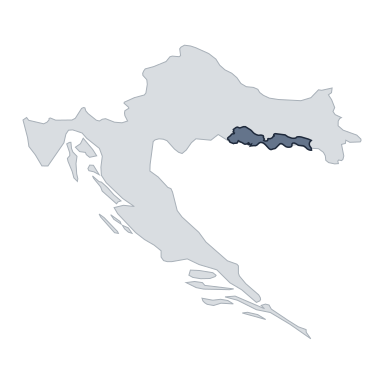 where Brodsko-Posavska sits in Croatia
{"feature_id": "HRV-1602", "entity_name": "Brodsko-Posavska", "entity_type": "County", "adm_level": 1, "iso_a3": "HRV", "parent_name": "Croatia", "parent_adm1": "", "projection": "robinson", "projection_center": [17.756, 45.221], "detail": "fine", "context": "in_parent", "style": "filled", "palette": "slate", "viewbox_px": 384, "rotation_deg": 0, "n_neighbors": 0, "source": "natural_earth", "source_scale": "10m", "svg_char_len": 6108}
<svg xmlns="http://www.w3.org/2000/svg" viewBox="0 0 384 384"><path d="M26.6,117.5L28.7,120.3L43.7,123.8L47.0,122.2L49.0,119.9L49.1,118.4L50.4,118.0L55.7,120.2L72.0,120.0L75.3,118.3L81.6,108.4L83.6,107.5L84.9,107.9L85.8,110.9L88.1,113.6L96.3,120.2L99.4,121.0L102.4,119.2L105.6,118.7L114.5,122.2L122.0,122.8L127.6,121.0L124.9,115.7L124.5,113.0L124.9,110.7L128.8,108.3L128.6,107.3L124.0,103.2L124.3,102.2L134.5,97.6L144.3,95.0L145.9,93.0L147.3,84.3L146.8,79.7L142.9,75.4L142.7,73.3L143.7,71.0L145.2,68.9L153.7,66.6L166.1,61.5L169.9,56.8L172.2,56.1L179.1,56.7L180.6,55.6L179.7,48.8L181.0,47.1L184.5,45.2L190.6,46.0L195.7,47.7L208.8,53.6L215.9,59.1L219.7,65.2L225.0,69.9L231.7,73.2L237.0,77.8L240.9,83.5L246.3,86.7L253.4,87.4L257.8,89.3L259.7,92.5L263.5,95.4L269.3,98.1L278.3,99.5L300.9,100.7L310.9,97.7L318.5,89.8L321.7,90.3L332.1,88.0L331.5,92.7L328.4,94.8L331.6,99.7L334.7,107.6L333.0,111.5L335.1,114.6L341.4,117.6L339.7,118.5L338.2,121.1L338.1,125.8L343.2,130.2L356.8,135.1L360.9,139.1L361.0,140.7L360.2,141.9L349.8,142.3L345.8,140.2L345.4,143.4L341.5,144.4L343.8,156.0L342.9,159.4L341.5,160.6L338.6,160.0L337.8,161.1L338.4,163.6L334.7,163.9L328.6,162.6L325.8,160.3L325.3,155.8L323.4,152.3L318.5,148.7L308.5,148.1L296.8,144.6L288.3,145.7L280.2,144.1L273.2,148.7L269.6,148.6L262.6,142.9L260.5,142.6L254.3,145.5L251.8,145.6L241.5,142.5L237.8,142.1L235.0,143.1L230.1,142.0L218.2,134.5L210.9,140.2L195.9,138.8L191.4,142.7L186.3,150.0L182.1,153.5L178.6,152.3L174.4,149.0L167.0,140.7L163.3,139.2L159.0,138.8L155.2,139.8L153.2,141.5L150.1,164.5L149.9,171.0L158.2,177.0L167.8,187.4L170.9,188.6L172.5,192.0L177.2,210.6L182.1,217.1L198.8,232.3L205.9,242.0L227.4,260.8L236.9,264.2L238.4,265.9L238.4,273.2L239.4,276.0L245.8,283.7L258.7,294.9L260.2,297.5L260.6,299.4L259.8,300.9L256.4,302.4L241.6,289.7L229.9,282.8L216.8,269.8L199.2,264.6L187.3,258.9L172.0,261.6L167.1,261.6L163.6,260.6L161.1,257.1L161.1,250.8L154.1,245.1L144.6,239.6L135.6,232.6L117.7,213.7L114.1,207.6L123.5,205.3L134.3,206.5L122.7,198.5L106.2,182.7L101.4,175.3L100.9,167.2L102.3,156.2L99.4,148.4L86.7,138.3L82.1,133.0L72.7,129.9L68.5,130.2L65.9,134.1L63.9,142.8L47.9,166.0L41.9,165.9L35.3,154.8L28.9,146.5L27.6,137.7L23.0,120.0L26.6,117.5ZM306.1,329.6L306.2,332.3L310.8,338.8L290.0,324.3L270.3,312.5L256.4,309.7L237.4,300.2L225.0,296.9L235.1,296.1L264.5,308.7L261.2,305.4L265.4,304.1L269.0,305.0L271.3,309.1L287.8,320.2L298.3,326.8L306.1,329.6ZM77.8,178.6L77.4,181.4L73.9,177.9L72.2,171.5L68.0,161.3L67.4,158.4L69.8,155.6L69.7,152.7L66.7,143.9L69.4,142.4L70.9,142.3L71.5,148.4L72.8,151.9L77.0,156.3L76.0,163.6L76.7,173.9L77.8,178.6ZM96.7,155.8L89.6,157.3L86.3,154.6L85.4,152.4L79.6,151.6L75.4,147.2L80.5,143.7L83.2,138.2L92.7,149.5L96.7,155.8ZM209.9,278.5L200.7,278.7L192.8,277.4L188.9,275.2L190.4,270.1L199.3,270.5L212.8,272.7L216.1,275.3L215.1,276.6L209.9,278.5ZM233.7,288.9L229.6,289.7L203.7,289.1L196.2,287.6L186.1,282.6L194.6,281.5L202.4,282.6L204.8,285.4L233.7,288.9ZM118.0,201.9L116.5,203.8L102.2,191.1L100.6,186.9L93.6,178.3L92.5,175.9L99.0,181.6L101.4,182.1L107.6,187.7L113.7,194.7L121.0,200.9L118.0,201.9ZM202.0,298.2L212.8,300.2L220.6,299.3L227.8,300.5L233.3,303.9L221.0,303.2L213.6,305.5L207.1,304.3L204.6,302.7L202.9,300.9L202.0,298.2ZM117.6,231.6L118.4,233.4L114.6,232.7L100.6,217.0L99.1,214.0L104.1,217.6L117.6,231.6ZM93.4,165.3L99.2,174.7L93.8,171.8L88.9,170.7L87.9,168.6L89.7,165.1L93.4,165.3ZM257.7,314.6L265.7,319.5L242.3,313.0L247.5,312.3L257.7,314.6ZM128.3,227.9L132.0,233.3L128.4,232.2L124.6,228.9L122.4,225.3L128.3,227.9ZM120.2,221.6L121.1,224.1L113.9,219.4L110.7,214.7L120.2,221.6Z" fill="#d9dde1" stroke="#a8b0b8" stroke-width="1"/><path d="M233.6,143.6L230.0,142.2L229.2,140.5L228.5,139.7L227.9,139.4L227.7,139.1L227.6,138.8L227.7,138.1L227.8,137.9L228.0,137.7L229.5,136.4L229.8,136.2L230.7,135.5L231.4,134.4L231.6,134.2L232.4,133.9L232.8,133.8L233.3,133.8L234.0,133.7L234.3,133.4L234.4,133.0L234.2,132.9L233.4,132.2L233.1,131.9L233.2,131.6L233.4,131.4L233.7,131.2L233.8,131.0L233.8,130.7L233.3,129.5L235.9,127.6L236.6,127.3L237.3,127.1L238.3,127.4L238.9,127.7L239.6,127.9L240.4,127.8L243.3,126.7L245.4,126.7L250.4,129.8L251.4,130.6L253.5,132.9L254.6,133.7L256.1,134.5L257.7,135.1L258.6,135.3L260.4,135.1L261.2,135.1L262.4,135.4L263.0,135.6L263.2,135.8L263.3,135.9L263.4,136.2L263.5,136.4L263.5,136.5L263.5,136.9L263.4,137.4L263.4,137.5L263.5,137.6L264.2,138.8L264.4,139.1L263.8,140.1L263.6,140.4L263.8,140.6L264.8,140.9L265.7,141.0L266.5,140.9L266.9,140.8L267.2,140.8L267.4,140.6L267.5,140.5L267.6,140.4L267.7,140.2L267.7,139.9L267.8,139.7L267.9,139.1L267.9,138.8L268.0,138.7L268.4,138.6L269.8,138.7L270.2,138.7L271.4,138.2L272.0,137.9L272.7,137.3L272.9,136.9L273.0,136.6L273.1,136.4L273.3,136.2L273.5,136.2L274.0,136.1L274.2,135.9L274.1,135.6L273.9,135.4L273.8,135.2L273.7,135.0L273.7,134.9L273.8,134.7L274.1,134.2L274.4,134.0L274.8,133.8L275.2,133.7L275.7,133.7L285.1,134.9L287.3,136.4L287.4,136.5L287.6,136.6L288.1,136.9L291.9,138.2L293.3,138.3L295.0,138.2L295.8,138.0L296.2,137.6L296.5,137.2L296.9,137.0L297.6,136.8L299.2,136.7L301.3,137.0L308.4,139.1L311.3,140.4L309.9,141.9L309.6,142.3L309.5,142.7L309.4,143.1L309.3,143.7L309.3,144.3L309.4,145.0L309.8,146.1L311.1,147.9L311.2,148.4L311.4,149.2L311.5,150.2L310.2,150.2L308.6,149.7L308.1,149.4L307.2,148.9L306.4,148.1L305.1,146.9L304.1,146.2L303.0,145.7L298.9,145.4L298.1,145.1L295.5,143.5L294.1,143.0L292.7,143.2L292.0,143.9L291.9,144.8L291.9,145.7L291.5,146.5L290.5,147.0L289.2,147.2L288.7,147.2L288.0,147.2L286.9,147.0L285.6,146.5L282.4,144.0L281.5,143.6L280.6,143.6L279.7,144.0L276.2,147.6L275.3,148.4L274.8,148.6L273.2,148.9L271.5,149.5L270.9,149.6L269.8,149.2L268.7,148.3L266.9,146.3L265.5,144.7L264.0,143.4L262.3,142.5L260.4,142.4L259.1,143.0L257.0,145.0L255.8,145.6L255.2,145.7L253.9,145.6L251.0,145.9L250.6,146.0L250.9,145.6L251.4,144.1L250.0,144.7L249.4,144.8L248.6,144.6L249.0,144.2L249.2,143.8L249.2,143.4L248.8,142.9L248.4,142.7L248.1,142.9L248.0,143.4L247.8,143.6L245.9,144.1L244.9,144.2L244.1,143.9L243.5,143.5L241.7,142.4L240.6,142.0L238.3,140.7L237.2,142.8L237.0,143.1L234.3,143.3L233.6,143.6Z" fill="#64748b" stroke="#1e293b" stroke-width="1.5"/></svg>